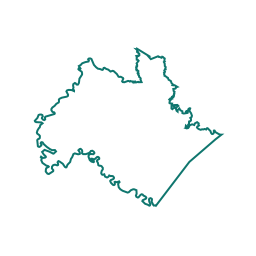 Sayaxché, Petén, Guatemala (Natural Earth projection), rotated 299°
{"feature_id": "79465075B52336301108850", "entity_name": "Sayaxché", "entity_type": "district", "adm_level": 2, "iso_a3": "GTM", "parent_name": "Guatemala", "parent_adm1": "Petén", "projection": "natural_earth1", "projection_center": [-90.182, 16.297], "detail": "fine", "context": "isolated", "style": "outline", "palette": "teal", "viewbox_px": 256, "rotation_deg": 299, "n_neighbors": 0, "source": "geoboundaries", "source_scale": "gbopen_adm2", "svg_char_len": 5773}
<svg xmlns="http://www.w3.org/2000/svg" viewBox="0 0 256 256"><g transform="rotate(299 128 128)"><path d="M128.1,198.1L160.7,210.1L167.5,213.0L167.0,212.1L166.7,210.4L166.8,206.3L167.7,205.1L167.6,204.5L167.2,204.4L165.7,205.3L164.7,205.4L163.8,205.0L163.5,204.2L164.0,203.0L165.3,201.6L166.4,197.7L165.9,197.1L164.6,197.1L164.3,195.5L163.2,194.5L162.8,193.4L161.7,192.5L161.4,190.9L161.5,189.0L162.0,188.0L162.8,187.9L164.6,188.9L165.2,187.9L166.3,187.6L166.6,185.6L164.5,184.3L162.7,184.5L162.4,182.6L162.0,182.0L160.1,180.6L158.0,180.8L157.1,180.6L156.1,179.5L155.9,178.3L156.8,178.7L157.4,177.7L158.1,177.5L157.5,179.5L158.1,180.2L160.0,179.0L161.3,179.3L163.1,178.3L163.5,178.3L164.1,179.2L165.2,179.4L166.6,178.6L167.0,177.6L168.4,178.3L169.7,178.0L171.5,176.0L172.8,173.3L175.3,172.9L175.3,172.5L174.2,171.7L172.1,172.0L171.2,170.9L170.3,170.7L169.7,171.2L169.9,171.8L170.6,172.2L170.6,172.7L170.1,172.8L167.7,169.8L167.4,168.4L169.0,167.4L168.9,165.2L170.0,163.4L167.7,162.7L166.4,163.4L166.6,162.2L168.2,160.4L169.3,160.2L171.7,161.3L172.1,160.0L170.0,156.6L169.3,156.9L169.1,158.9L168.5,159.1L167.1,158.0L166.0,157.7L166.1,156.6L169.1,155.0L170.7,154.7L169.9,152.7L170.0,152.1L171.7,151.5L173.2,151.7L173.3,151.3L172.8,150.8L172.9,150.3L174.0,150.6L174.1,151.4L175.2,152.6L175.4,152.5L175.1,152.1L175.4,151.3L176.5,151.3L177.1,152.6L178.1,152.0L178.5,152.6L179.6,151.9L180.4,152.0L180.7,151.4L182.2,151.2L182.4,150.1L184.1,148.7L185.2,150.1L185.8,150.5L186.8,150.2L187.9,151.2L188.0,147.9L187.5,147.4L187.1,146.3L187.7,146.4L188.0,145.9L188.2,144.6L189.9,142.6L189.9,140.1L191.2,138.6L191.0,138.0L191.4,137.0L191.4,134.7L191.8,134.7L192.3,133.7L193.4,133.1L194.0,133.2L194.1,132.7L195.3,132.9L195.8,131.9L197.5,131.9L197.7,132.3L198.3,131.7L198.7,131.8L199.6,131.4L200.0,130.2L202.2,128.8L203.1,127.4L203.9,127.7L203.9,127.4L206.6,126.4L206.7,125.0L207.0,124.5L206.9,123.3L205.7,123.2L205.4,120.8L205.1,120.5L205.3,119.5L199.3,114.6L200.6,110.9L201.1,111.4L201.7,97.9L201.3,98.2L200.9,97.1L200.6,98.3L199.0,99.0L199.3,99.9L198.6,100.5L198.5,101.8L197.1,102.7L196.0,102.3L195.7,101.7L196.0,101.5L195.0,100.4L194.4,101.5L193.6,101.5L192.0,102.5L192.4,103.3L191.9,104.7L188.7,104.2L187.7,105.4L186.4,106.1L186.0,106.1L185.9,105.5L184.5,105.9L183.7,107.1L183.1,106.9L182.5,107.6L183.0,108.5L182.8,109.5L181.5,109.8L181.1,110.5L180.5,110.0L180.0,110.9L179.5,111.1L179.4,112.1L178.1,112.9L177.9,114.4L177.2,115.3L176.4,115.4L174.7,117.6L173.6,115.8L173.5,115.1L173.2,115.0L173.1,114.3L171.7,112.9L172.1,112.0L171.2,111.7L171.6,110.7L171.1,110.1L170.4,110.2L170.8,109.1L170.4,108.5L170.3,107.4L169.5,107.1L169.5,106.0L169.2,105.2L166.3,102.7L165.6,101.1L166.0,100.2L168.8,100.0L169.3,99.4L169.3,96.8L168.4,95.5L168.3,94.8L169.8,92.1L170.8,87.9L170.6,86.9L168.9,85.3L169.5,82.5L169.1,80.2L169.3,78.3L168.7,77.6L167.0,77.8L166.3,77.3L166.0,74.9L165.3,72.9L165.7,70.5L166.7,67.6L170.6,62.6L170.6,61.4L169.9,60.2L168.8,59.8L168.0,61.1L167.0,61.2L165.0,58.8L162.8,56.9L161.9,56.4L160.4,56.2L158.4,55.0L156.9,57.7L156.2,57.5L156.1,56.0L155.4,56.1L155.1,56.8L154.8,60.2L153.8,61.2L152.5,61.9L147.6,61.6L143.7,63.2L141.8,63.2L141.3,62.6L141.1,61.9L141.7,60.5L141.6,59.7L139.8,58.9L138.3,59.5L137.0,60.7L135.5,61.0L134.7,62.6L134.1,62.9L133.9,60.5L133.2,58.9L132.4,57.4L131.2,56.4L130.1,56.4L128.1,59.4L127.0,59.9L125.8,59.3L122.4,55.4L120.3,53.9L119.3,53.8L117.9,54.7L116.8,55.0L114.4,53.6L111.8,53.1L109.2,51.9L107.5,51.8L106.5,52.3L105.6,53.8L105.5,54.7L105.9,55.8L105.7,56.3L105.4,56.8L104.6,56.9L98.0,50.4L97.1,50.2L95.3,51.4L94.3,50.9L94.1,49.7L94.7,48.0L95.4,47.7L96.7,47.9L97.8,46.8L97.7,45.6L96.9,44.2L96.0,43.5L92.9,43.9L89.1,43.0L88.6,43.6L88.6,44.8L90.9,49.6L90.7,51.0L87.9,49.9L85.7,50.5L84.7,50.1L81.9,50.0L79.8,50.5L79.1,51.3L78.8,53.7L78.3,54.8L76.5,55.7L75.6,55.5L74.4,54.6L73.4,54.5L68.4,58.0L68.2,58.7L68.6,59.8L70.6,60.6L71.4,60.5L72.2,59.1L73.1,58.9L73.8,59.4L74.0,60.3L73.0,62.3L72.1,66.2L71.7,69.9L71.8,72.3L73.3,74.8L72.6,76.4L69.6,75.4L69.3,75.0L69.2,70.7L68.4,65.6L65.4,64.5L63.9,67.3L63.5,69.3L62.9,70.2L62.1,70.0L61.0,68.8L60.5,67.8L60.8,65.9L60.2,65.9L59.7,67.4L57.8,67.7L56.0,70.1L55.5,74.8L56.0,76.5L55.8,77.4L55.4,77.4L54.3,76.5L53.0,76.0L51.6,76.4L50.0,77.2L49.0,79.7L49.4,81.1L53.9,83.5L54.9,83.1L55.7,81.1L57.3,80.3L59.0,80.5L60.0,81.3L60.6,82.1L61.0,84.2L61.6,84.7L62.5,84.5L63.9,83.0L65.3,83.2L65.5,84.4L65.1,88.3L63.4,91.6L63.4,92.8L63.8,93.2L66.6,92.9L70.2,93.9L73.2,93.1L75.7,93.3L78.7,92.9L80.0,93.8L80.8,97.1L81.9,98.4L82.4,98.3L83.4,97.5L84.5,95.4L86.1,95.9L86.8,96.7L86.4,98.3L85.6,99.2L83.6,100.1L83.4,101.4L84.7,103.8L87.0,105.8L88.4,106.5L89.9,106.7L90.8,107.8L90.7,109.5L90.0,110.6L89.5,110.8L88.3,110.4L87.0,107.6L85.1,106.8L83.7,107.4L81.4,110.1L80.9,112.3L81.4,114.4L81.9,114.6L82.2,114.3L82.1,111.6L82.7,110.9L83.3,110.7L83.7,111.3L84.2,113.8L87.8,115.1L88.2,115.9L88.1,116.8L87.7,117.5L86.9,117.8L85.1,116.7L84.0,116.8L82.9,118.6L81.1,120.1L81.1,121.2L81.7,122.4L81.8,123.3L80.9,125.3L79.6,126.0L77.7,125.8L75.6,126.4L74.7,127.6L74.8,128.6L76.0,129.7L74.4,131.4L74.5,133.4L74.9,134.0L76.0,134.5L77.4,134.6L77.5,136.1L78.3,137.3L78.5,138.5L77.9,139.7L77.0,140.1L76.1,139.8L74.2,138.3L73.0,138.1L71.8,139.7L71.0,142.3L71.2,143.3L71.7,143.7L72.6,143.7L74.3,142.5L74.7,142.8L75.2,144.6L77.0,146.1L76.6,146.8L75.1,146.4L74.1,146.6L71.6,148.7L70.7,151.0L70.5,153.7L71.3,158.9L72.2,159.8L75.0,160.7L76.9,162.2L77.4,163.2L77.7,165.5L74.7,167.4L72.7,167.7L71.9,168.7L71.9,170.1L72.4,170.8L75.6,171.4L76.6,172.0L76.9,173.0L76.4,174.3L76.5,176.8L75.8,177.9L74.8,177.9L72.0,175.9L71.0,176.0L70.0,179.8L70.5,182.5L70.4,184.3L70.9,184.7L72.3,184.5L73.8,182.4L75.5,181.1L76.6,180.9L77.6,181.8L77.6,183.1L77.0,183.7L75.1,184.3L72.9,187.5L72.7,188.3L73.6,189.3L73.5,190.1L128.1,198.1Z" fill="none" stroke="#0f766e" stroke-width="2"/></g></svg>